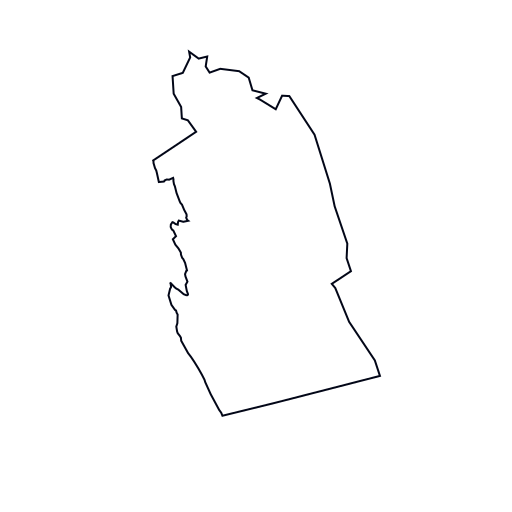 outline of Shenandoah, Virginia, United States of America, rotated 304°
{"feature_id": "52423323B4371856905255", "entity_name": "Shenandoah", "entity_type": "district", "adm_level": 2, "iso_a3": "USA", "parent_name": "United States of America", "parent_adm1": "Virginia", "projection": "albers", "projection_center": [-78.605, 38.853], "detail": "fine", "context": "isolated", "style": "outline", "palette": "ink", "viewbox_px": 512, "rotation_deg": 304, "n_neighbors": 0, "source": "geoboundaries", "source_scale": "gbopen_adm2", "svg_char_len": 1720}
<svg xmlns="http://www.w3.org/2000/svg" viewBox="0 0 512 512"><g transform="rotate(304 256 256)"><path d="M357.3,276.8L389.3,236.7L407.2,194.2L403.5,188.0L388.7,190.3L387.9,171.5L387.5,168.4L396.0,173.3L391.4,160.4L399.8,150.2L399.8,138.7L391.2,121.7L382.1,115.0L385.0,108.3L394.1,104.0L387.6,98.1L388.0,86.3L383.8,90.4L366.9,92.9L358.5,86.2L344.5,97.0L337.7,110.6L328.6,117.6L330.4,123.6L325.5,136.9L277.7,117.3L276.9,118.3L275.8,119.0L272.4,123.1L271.1,125.5L269.3,127.5L263.0,134.1L266.2,138.0L266.7,138.2L267.6,138.0L269.5,139.2L270.7,141.3L274.4,143.6L273.4,144.7L272.0,145.6L269.7,147.8L268.4,149.8L263.8,154.9L258.5,162.4L257.7,163.8L257.2,165.9L254.1,170.6L251.7,175.1L250.2,176.3L248.7,176.7L247.4,178.8L247.3,180.1L243.7,176.6L242.2,172.2L240.5,172.4L238.2,173.6L237.5,171.4L237.6,168.7L237.3,167.8L234.5,167.8L232.4,169.0L231.8,169.9L230.9,171.6L230.9,173.2L227.7,178.6L223.4,177.7L220.3,182.8L218.9,187.5L216.8,191.8L215.2,193.0L213.2,195.8L212.8,197.4L210.6,201.1L205.4,206.9L204.8,206.5L201.3,207.3L199.6,209.0L196.4,213.5L192.7,213.8L188.3,218.2L186.4,220.9L185.9,221.2L185.1,221.0L184.5,220.1L183.9,217.4L184.7,210.3L184.5,209.0L184.5,208.7L184.4,207.9L184.6,206.1L186.0,199.6L185.2,200.8L183.1,202.7L182.3,203.1L181.1,203.0L174.4,205.5L168.2,213.2L166.0,219.0L166.1,220.2L164.6,221.9L163.6,223.8L156.3,228.4L152.9,229.4L149.3,232.8L148.2,234.3L147.1,237.7L146.3,239.4L143.9,241.4L137.5,254.0L136.0,258.5L133.8,263.9L130.5,271.2L127.3,277.6L124.6,282.5L123.0,284.5L116.1,295.7L107.8,311.5L106.6,314.8L104.8,317.5L144.7,353.7L225.9,425.8L235.9,412.9L253.5,370.0L273.8,339.6L275.3,334.4L296.5,343.2L304.9,332.3L317.3,324.8L341.2,293.4L357.3,276.8Z" fill="none" stroke="#020617" stroke-width="2"/></g></svg>